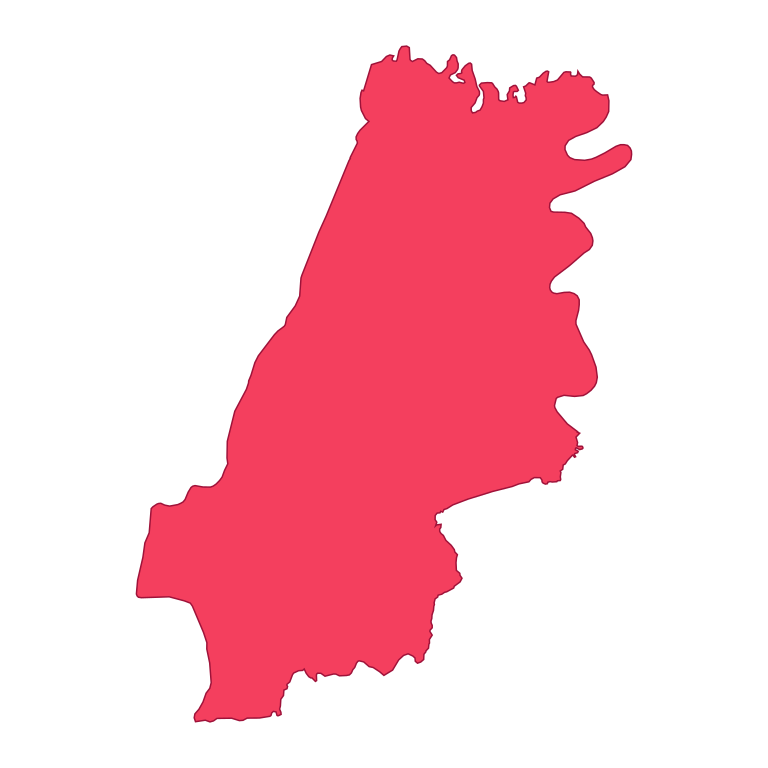 outline of Nobol, Guayas, Ecuador
{"feature_id": "8360857B45537729635416", "entity_name": "Nobol", "entity_type": "district", "adm_level": 2, "iso_a3": "ECU", "parent_name": "Ecuador", "parent_adm1": "Guayas", "projection": "mercator", "projection_center": [-80.038, -1.965], "detail": "fine", "context": "isolated", "style": "filled", "palette": "rose", "viewbox_px": 768, "rotation_deg": 0, "n_neighbors": 0, "source": "geoboundaries", "source_scale": "gbopen_adm2", "svg_char_len": 5989}
<svg xmlns="http://www.w3.org/2000/svg" viewBox="0 0 768 768"><path d="M393.7,55.9L389.9,55.0L386.4,56.5L381.6,61.5L371.5,64.6L363.6,90.8L362.0,90.2L361.0,92.6L360.1,98.4L360.6,107.1L361.4,110.5L365.5,118.6L368.9,121.4L360.0,130.3L357.7,133.5L356.1,136.9L356.2,139.6L357.0,140.8L357.4,143.1L350.5,156.9L350.0,158.2L350.3,158.5L349.0,160.6L326.2,216.0L318.9,232.1L301.9,275.2L301.0,278.0L299.7,296.1L295.3,305.8L286.8,317.4L285.3,324.6L284.2,326.3L278.0,330.9L274.4,334.7L258.4,355.7L254.9,362.6L251.0,375.3L248.7,380.8L248.5,383.1L246.4,389.3L234.8,411.2L227.3,441.3L227.0,458.0L227.8,463.8L224.6,470.3L222.1,477.1L219.6,480.5L216.2,484.0L213.2,486.1L210.4,487.1L203.0,487.0L195.0,485.6L192.7,486.2L191.0,487.5L188.2,492.1L185.1,499.5L183.0,502.0L180.7,503.3L177.8,504.6L169.6,506.1L164.7,505.1L160.8,503.3L158.6,503.5L156.9,504.1L152.9,506.8L151.2,508.6L149.2,532.8L144.9,542.9L142.9,557.4L137.6,580.3L136.4,594.0L137.1,595.9L138.4,597.2L141.3,597.7L169.2,596.8L184.2,600.8L190.3,603.1L192.4,606.1L203.5,632.4L206.9,642.7L206.8,649.0L209.7,663.0L211.2,682.7L209.8,688.3L206.1,693.2L203.0,702.0L198.9,709.3L194.9,713.9L194.2,717.8L195.5,721.7L205.3,720.2L210.0,721.9L213.5,720.9L217.0,718.4L231.6,718.2L239.4,720.6L243.0,720.3L247.2,718.1L259.4,718.0L269.9,716.3L271.0,715.5L271.7,712.9L273.3,711.4L276.0,711.9L277.0,715.4L277.9,715.8L279.1,715.4L281.1,714.4L280.9,712.2L279.6,709.1L280.4,706.0L280.8,699.3L283.5,695.5L283.9,690.1L287.0,688.7L287.6,686.4L286.8,685.1L287.0,684.3L289.8,681.9L292.5,674.7L293.7,673.0L298.6,670.7L302.7,670.4L304.2,669.0L306.2,673.3L308.8,676.7L310.8,677.9L312.1,678.0L315.4,681.4L316.6,680.6L316.4,674.9L316.9,673.7L317.7,673.2L320.9,673.3L325.0,676.2L333.6,674.0L335.9,674.1L339.4,675.8L346.4,675.5L349.4,674.9L351.4,672.9L352.8,669.7L354.7,667.5L356.5,663.1L357.9,661.3L359.1,660.8L363.7,661.9L369.1,666.6L373.2,667.5L379.6,671.7L383.9,675.4L392.6,670.1L398.7,659.9L403.6,655.4L408.1,653.8L412.8,656.0L415.0,658.0L415.3,661.3L417.5,663.2L420.8,662.0L423.7,659.5L423.9,654.3L425.8,651.9L426.0,650.8L428.5,648.2L428.9,644.2L429.5,643.1L429.4,639.5L432.2,635.1L429.8,631.3L430.1,630.1L432.2,627.8L432.2,625.3L431.2,623.1L431.0,621.1L431.8,618.5L432.0,615.0L433.5,610.3L433.8,606.3L434.4,604.5L434.1,602.9L435.1,598.9L437.7,597.0L438.1,595.2L441.8,594.2L444.6,592.3L446.7,591.8L453.7,588.0L454.3,586.2L460.1,581.9L462.0,578.2L460.0,575.3L459.8,573.3L456.4,570.4L456.0,562.7L456.5,557.7L457.4,554.7L454.8,551.9L454.3,549.6L451.2,545.3L445.9,540.4L443.4,535.5L441.0,533.5L439.7,531.4L439.7,528.9L440.8,527.6L441.1,524.3L436.7,524.9L435.6,525.9L436.8,522.2L435.1,519.6L435.2,515.5L437.1,513.1L440.0,512.8L440.7,511.3L442.7,512.1L444.0,509.5L446.9,508.6L452.8,504.9L468.0,499.1L492.8,491.4L512.2,486.5L518.9,483.9L528.9,481.8L531.0,479.4L534.3,477.6L540.3,477.7L541.9,480.0L542.1,481.9L543.1,483.1L545.4,484.1L547.4,483.7L547.7,482.3L550.0,481.6L552.2,482.0L556.8,481.7L557.4,480.8L560.3,480.5L560.7,479.4L560.3,476.9L560.9,472.5L560.2,471.0L562.7,469.3L563.2,465.0L565.3,463.9L567.3,460.7L572.4,455.2L572.9,455.1L574.5,457.2L575.6,456.7L574.4,454.4L574.8,453.5L577.6,452.7L578.2,451.3L575.3,449.7L575.6,448.2L576.3,447.8L579.7,449.6L582.3,448.9L583.0,448.0L582.5,446.6L581.9,446.2L578.0,446.3L577.0,445.5L577.6,442.6L576.0,437.1L579.7,433.2L577.4,432.2L577.7,431.8L567.3,423.9L557.1,411.8L554.8,407.5L554.5,405.5L556.2,398.5L557.6,397.3L564.0,395.3L574.6,396.4L583.2,395.5L586.6,393.7L591.1,390.2L594.5,386.3L596.3,382.7L597.3,377.2L596.0,367.1L591.6,354.8L589.3,350.1L583.7,341.9L576.0,324.2L575.9,320.7L578.6,310.3L579.2,304.7L579.2,299.8L577.2,295.8L574.1,293.6L569.7,292.2L564.2,292.4L556.9,293.7L553.6,293.1L551.9,292.1L550.3,290.0L549.7,287.7L550.0,284.3L551.4,281.1L554.5,277.0L569.5,265.6L584.1,252.9L589.4,249.5L592.3,245.3L592.9,240.9L592.4,237.7L590.7,233.4L585.6,226.9L584.1,223.4L578.9,218.2L571.5,213.3L565.0,212.3L553.6,212.1L551.0,211.3L549.5,207.6L549.9,203.2L553.1,198.9L560.1,194.8L575.1,190.9L594.2,181.3L612.4,173.8L625.0,166.7L630.9,159.6L631.6,154.4L631.4,151.0L630.1,148.0L627.6,145.4L624.1,144.7L620.5,144.7L616.0,146.3L604.7,153.0L596.1,157.3L591.5,159.1L584.7,160.3L574.6,159.6L569.8,157.6L567.5,155.2L565.0,149.6L565.1,145.8L568.6,140.4L575.8,136.4L586.8,132.6L596.9,127.7L603.3,121.5L606.2,117.1L608.7,111.5L608.9,100.7L607.6,94.9L602.6,95.1L600.8,94.5L596.9,91.8L594.3,89.7L592.5,87.0L592.6,85.4L594.0,84.2L594.1,82.5L591.3,78.1L589.7,77.0L582.6,76.9L579.6,74.0L577.9,71.2L577.5,74.7L575.6,76.2L571.2,76.0L570.5,74.0L570.8,72.7L570.5,72.0L565.9,71.8L563.9,72.4L557.5,80.0L553.7,81.6L549.0,82.3L547.7,82.2L547.0,81.4L548.7,71.8L547.5,71.1L546.0,71.3L543.2,73.2L539.4,77.2L536.7,78.1L534.9,84.9L529.7,82.8L528.9,82.9L525.7,86.0L523.6,86.8L525.7,93.2L525.3,95.8L526.1,97.6L526.2,99.9L524.0,102.5L521.9,103.1L519.3,103.1L517.7,102.3L516.4,96.8L515.8,96.2L514.8,97.4L513.3,97.6L513.0,95.0L513.4,92.0L514.2,91.5L517.2,91.4L518.4,90.3L516.4,86.2L515.4,85.4L513.5,85.6L509.7,87.9L509.4,91.0L507.2,94.6L507.9,99.8L504.3,101.4L500.1,100.8L498.7,99.7L498.6,92.9L498.2,91.4L496.9,89.0L494.8,87.0L492.5,83.4L491.6,82.8L487.4,82.6L481.4,83.1L479.4,85.1L479.4,85.8L483.4,91.4L484.0,97.9L483.4,99.4L483.4,103.1L482.1,106.6L480.1,110.1L477.3,111.1L475.6,112.4L472.5,112.9L471.2,110.6L471.2,107.5L475.1,102.9L477.0,97.7L479.1,95.3L479.5,94.0L479.4,91.5L476.8,86.4L475.2,79.1L472.2,70.5L471.6,64.2L470.2,63.0L468.7,63.3L465.2,65.8L462.0,69.7L461.5,71.3L461.8,72.8L460.9,73.4L457.9,73.9L456.4,75.3L458.2,77.7L464.2,80.2L464.9,82.5L463.4,83.3L459.2,82.2L456.5,82.9L454.3,82.9L452.5,81.7L449.0,78.0L450.4,75.0L455.3,72.6L457.6,69.5L458.1,67.9L458.2,63.9L457.1,61.1L456.5,57.5L454.5,55.1L453.0,54.8L451.5,55.6L449.6,59.8L447.5,61.5L447.4,66.1L446.6,67.8L441.8,72.7L438.8,73.5L436.5,72.2L430.2,65.3L426.8,63.4L424.7,60.7L422.4,59.0L417.8,58.8L412.4,61.5L410.6,60.4L410.0,59.4L409.3,47.6L406.7,46.1L401.8,46.6L400.3,48.6L399.0,51.0L397.1,59.7L396.3,61.2L393.3,61.0L392.1,59.8L392.4,58.0L393.7,55.9Z" fill="#f43f5e" stroke="#9f1239" stroke-width="1.5"/></svg>